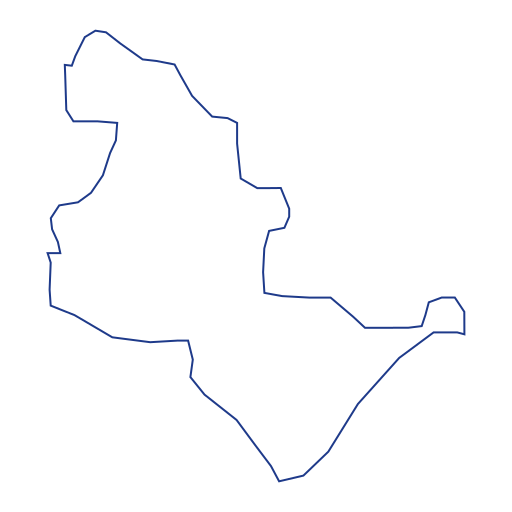 the Statistical Region of Brvenica
{"feature_id": "MKD-2961", "entity_name": "Brvenica", "entity_type": "Statistical Region", "adm_level": 1, "iso_a3": "MKD", "parent_name": "North Macedonia", "parent_adm1": "", "projection": "albers", "projection_center": [21.041, 41.872], "detail": "fine", "context": "isolated", "style": "outline", "palette": "blue", "viewbox_px": 512, "rotation_deg": 0, "n_neighbors": 0, "source": "natural_earth", "source_scale": "10m", "svg_char_len": 1062}
<svg xmlns="http://www.w3.org/2000/svg" viewBox="0 0 512 512"><path d="M174.6,64.5L180.4,75.3L192.1,95.9L212.2,116.6L227.6,118.1L237.1,122.9L237.1,143.6L240.7,178.5L257.2,188.1L270.2,188.1L280.8,188.0L289.2,208.7L289.2,216.7L284.4,227.8L269.1,230.9L264.3,248.4L263.1,272.2L264.4,292.9L282.1,296.1L309.4,297.6L330.6,297.6L353.1,316.7L365.0,327.8L385.1,327.8L408.7,327.7L421.7,326.1L425.4,315.0L428.8,302.3L441.8,297.5L454.8,297.5L464.3,311.8L464.4,334.3L457.2,332.4L433.6,332.4L399.2,357.9L357.9,404.0L328.3,451.7L303.4,475.6L279.1,481.3L271.0,466.1L255.4,445.4L236.6,420.0L204.5,394.6L190.4,377.1L192.8,359.6L188.1,340.6L177.5,340.6L150.2,342.2L112.3,337.3L74.5,315.1L60.9,309.7L50.7,305.6L49.6,289.7L50.7,262.6L47.6,253.1L57.9,253.1L60.3,253.1L57.9,242.0L52.1,229.3L50.8,218.2L59.2,205.4L78.0,202.3L91.0,192.8L102.9,175.3L110.1,153.0L115.9,140.4L117.2,122.9L97.1,121.3L73.4,121.3L66.3,110.1L65.2,75.2L64.8,64.9L71.8,65.7L75.3,56.1L84.8,37.1L95.4,30.7L106.0,32.3L120.2,43.4L142.6,59.4L156.7,61.0L174.6,64.5Z" fill="none" stroke="#1e3a8a" stroke-width="2"/></svg>